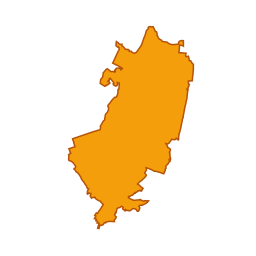 Scorteni, Bacau, Romania, rotated 11°
{"feature_id": "2599482B56524358146983", "entity_name": "Scorteni", "entity_type": "district", "adm_level": 2, "iso_a3": "ROU", "parent_name": "Romania", "parent_adm1": "Bacau", "projection": "robinson", "projection_center": [26.678, 46.577], "detail": "fine", "context": "isolated", "style": "filled", "palette": "amber", "viewbox_px": 256, "rotation_deg": 11, "n_neighbors": 0, "source": "geoboundaries", "source_scale": "gbopen_adm2", "svg_char_len": 5869}
<svg xmlns="http://www.w3.org/2000/svg" viewBox="0 0 256 256"><g transform="rotate(11 128 128)"><path d="M162.1,195.6L161.6,195.6L161.6,195.8L161.1,195.9L159.3,196.0L158.1,196.2L157.4,196.9L154.5,196.2L153.7,196.2L153.6,195.9L153.2,196.0L153.1,196.4L151.0,196.8L149.3,197.4L147.3,197.9L146.5,197.6L146.0,197.7L145.6,197.4L144.8,197.4L141.1,196.1L141.7,196.0L141.6,195.6L141.8,195.5L141.6,195.3L141.6,195.1L141.8,194.9L142.5,195.0L144.3,193.5L145.3,193.1L145.3,192.9L145.6,192.6L145.6,192.3L145.8,192.2L146.1,191.3L146.7,191.2L146.8,191.0L147.4,190.7L147.2,190.4L147.1,190.1L147.3,190.0L147.5,190.2L147.7,189.8L148.9,189.3L149.1,188.7L149.6,188.4L149.6,188.0L150.1,187.9L150.4,187.5L150.9,187.4L151.1,187.2L151.7,187.1L151.8,187.4L152.0,187.4L152.0,187.1L152.5,187.2L152.3,186.8L152.4,186.7L152.8,187.0L153.4,186.9L153.5,186.8L153.5,186.3L153.8,185.6L153.7,185.3L154.0,185.1L154.3,184.4L151.2,182.9L150.6,182.2L148.0,181.2L149.7,178.7L151.5,176.8L152.0,175.9L153.7,173.7L155.1,171.1L154.4,170.1L153.3,169.3L152.9,168.7L154.2,165.7L153.3,163.5L155.3,163.7L158.9,164.4L162.2,165.4L164.2,165.1L165.3,165.4L166.8,165.4L171.8,166.1L171.9,165.4L172.3,164.6L172.1,164.0L172.2,163.5L172.7,162.8L172.5,160.9L173.0,160.2L172.4,158.3L172.6,157.9L174.2,155.4L174.4,154.3L175.4,153.0L175.8,152.2L175.5,151.9L174.5,151.7L174.3,150.9L175.0,150.4L175.7,150.5L175.8,150.3L174.7,147.8L174.2,147.1L174.3,145.9L173.9,145.5L173.9,144.4L173.3,144.2L173.3,143.4L173.7,142.7L173.8,141.2L173.7,140.8L172.3,140.0L170.7,139.5L170.4,139.1L170.3,138.4L168.2,136.1L169.8,136.1L171.0,135.3L171.2,135.0L171.9,133.2L172.3,132.5L173.2,130.6L174.4,130.8L176.2,130.6L176.6,130.1L177.0,129.1L177.5,128.9L177.8,129.4L178.1,129.5L178.4,129.3L179.5,130.2L179.9,129.3L179.7,129.0L179.3,126.2L179.4,124.4L179.3,123.8L179.5,122.3L179.8,118.2L179.8,108.0L180.2,107.1L179.9,106.5L179.9,104.2L180.0,103.1L179.9,102.2L179.9,96.1L180.1,93.3L180.0,92.2L180.2,88.3L179.6,81.8L179.6,78.7L179.5,78.4L178.6,79.1L178.4,78.7L178.5,78.4L179.3,77.3L179.2,76.7L179.8,75.4L179.7,74.5L179.9,73.5L179.0,73.2L178.3,70.3L180.4,69.9L181.1,69.5L181.3,69.5L181.9,69.6L182.1,68.8L181.8,67.5L181.3,60.9L180.8,56.6L180.5,55.8L180.1,53.1L178.1,51.7L176.8,50.1L175.2,50.1L174.7,48.3L173.6,46.0L171.5,46.9L170.7,45.8L170.7,43.5L163.6,44.3L163.2,39.8L162.7,36.7L165.6,36.7L166.8,37.1L165.7,31.7L163.6,32.0L162.0,33.0L161.5,33.7L161.4,34.7L161.5,35.8L161.3,36.0L160.0,36.5L155.9,37.7L153.1,37.6L151.0,36.9L149.7,36.2L146.6,36.5L145.0,36.4L144.1,35.4L142.0,34.8L141.1,34.2L140.3,33.4L139.6,32.1L138.9,31.6L138.7,30.6L138.3,29.2L137.5,28.1L136.5,28.1L133.5,23.9L133.1,23.8L131.8,24.3L130.7,24.2L129.3,24.5L129.0,25.2L128.6,25.5L128.9,26.6L128.6,27.4L127.5,28.7L127.1,33.5L126.5,36.2L125.4,44.0L123.1,49.4L121.8,52.1L120.8,52.9L119.3,53.4L117.8,53.1L116.4,52.0L114.8,52.6L114.2,51.4L113.8,51.6L112.9,50.8L112.2,51.2L111.5,51.0L110.5,51.3L108.0,49.2L106.3,48.4L106.0,46.9L104.9,47.3L103.7,47.4L102.2,46.3L100.1,45.3L100.2,47.5L100.5,47.8L100.3,48.9L100.6,49.6L102.4,50.6L103.2,50.2L104.2,51.4L104.1,52.1L104.3,52.4L104.1,53.6L103.5,55.4L100.6,67.3L106.5,68.8L111.1,70.5L110.6,71.6L109.8,72.3L109.2,71.2L108.7,70.7L108.0,71.0L107.5,70.9L107.2,71.1L105.3,71.5L104.9,71.9L104.9,72.8L104.8,73.1L104.0,73.6L104.1,74.3L104.8,75.0L104.5,75.6L104.2,75.8L103.9,75.8L103.5,75.3L103.3,75.2L102.4,75.4L101.0,75.9L100.4,75.8L96.3,73.8L95.3,74.7L94.7,76.0L93.2,78.5L93.4,82.9L91.9,85.5L92.2,89.5L97.3,91.5L98.4,90.7L98.5,90.0L99.3,89.8L100.1,89.3L100.8,88.2L101.5,87.8L101.5,87.0L100.7,86.4L99.3,86.2L99.8,85.1L100.5,84.8L100.5,84.1L100.2,83.2L101.1,82.6L105.3,86.1L105.7,86.7L105.0,87.3L105.1,87.9L106.2,88.8L108.2,89.2L109.2,88.2L109.5,87.4L108.8,85.4L110.9,85.5L111.6,90.9L111.4,92.0L110.9,92.1L111.0,93.4L111.4,95.2L111.2,97.8L110.7,99.9L108.9,100.5L106.6,104.3L105.9,106.1L104.2,109.1L104.0,110.4L104.2,110.8L105.1,111.8L105.3,114.2L104.7,116.6L103.6,118.2L103.4,118.9L103.2,119.8L103.4,122.0L103.3,123.1L103.6,124.0L103.5,124.5L102.2,126.3L101.1,130.0L100.6,131.0L100.5,131.7L101.0,132.9L100.9,135.0L94.9,138.1L75.6,149.2L76.6,151.0L77.3,151.8L77.4,152.5L79.5,156.5L73.9,159.7L74.5,160.2L74.9,161.3L75.8,162.4L75.9,163.1L76.2,163.1L76.7,163.7L74.8,165.5L75.1,166.2L75.4,167.3L75.6,169.6L75.9,170.8L76.5,171.2L78.7,171.5L80.1,172.2L81.2,173.0L84.0,175.6L84.0,176.1L83.8,177.1L83.6,177.5L83.0,177.9L82.7,178.4L82.8,178.7L83.6,178.9L85.7,181.1L86.9,181.3L87.4,181.7L87.8,182.3L88.9,182.9L89.9,184.2L90.6,184.6L91.9,186.8L95.8,190.4L96.6,191.4L98.2,192.8L98.9,193.7L99.2,194.6L99.8,195.0L100.9,195.2L100.3,197.5L100.4,200.2L101.1,200.6L101.8,199.2L103.3,199.6L104.1,199.4L104.2,199.6L103.9,201.8L104.2,202.5L105.6,203.8L106.0,203.2L108.9,202.3L109.3,203.3L112.3,204.7L114.9,205.2L115.7,206.1L118.3,207.8L116.1,213.6L115.2,215.2L114.4,217.7L113.1,217.4L112.0,220.2L113.3,220.6L112.3,223.4L114.3,223.5L114.1,225.1L116.0,225.5L115.7,227.1L117.8,227.1L117.3,232.2L118.7,232.2L119.0,228.7L120.6,228.7L121.2,227.8L122.1,227.7L122.3,227.3L122.5,226.1L123.1,225.4L123.5,225.2L123.8,225.5L124.3,225.3L124.5,224.4L126.4,223.7L127.4,223.2L132.5,222.5L132.1,220.8L132.2,220.4L133.1,219.4L133.5,217.6L132.1,216.7L131.4,215.7L131.6,215.0L131.9,214.7L131.8,213.5L132.4,213.5L132.5,213.1L132.4,212.0L132.6,210.8L132.6,209.4L133.3,208.4L135.2,207.6L136.3,206.2L138.0,206.4L138.3,206.8L138.1,208.1L138.2,208.4L138.7,208.8L139.6,209.1L140.2,209.6L140.6,209.7L140.8,209.9L141.1,209.8L140.9,209.5L141.1,209.2L140.9,208.7L141.0,208.4L141.3,208.4L142.0,209.1L143.7,209.0L145.2,209.1L146.6,208.1L147.9,206.3L148.9,206.0L149.8,206.2L150.2,206.0L150.8,206.0L151.6,206.5L152.7,207.7L153.1,207.7L153.2,207.9L153.9,207.8L154.2,207.5L154.3,206.7L154.8,206.1L154.8,204.1L154.5,203.8L154.1,203.1L153.7,202.9L153.7,202.3L154.2,201.8L155.3,201.4L156.6,201.2L157.1,200.7L157.6,200.5L158.1,200.0L160.2,198.4L161.4,196.8L162.1,195.6Z" fill="#f59e0b" stroke="#b45309" stroke-width="1.5"/></g></svg>